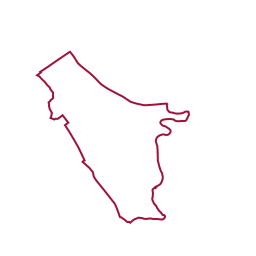 outline of Semlac, Arad, Romania, rotated 327°
{"feature_id": "2599482B97357966880497", "entity_name": "Semlac", "entity_type": "district", "adm_level": 2, "iso_a3": "ROU", "parent_name": "Romania", "parent_adm1": "Arad", "projection": "orthographic", "projection_center": [20.923, 46.147], "detail": "fine", "context": "isolated", "style": "outline", "palette": "rose", "viewbox_px": 256, "rotation_deg": 327, "n_neighbors": 0, "source": "geoboundaries", "source_scale": "gbopen_adm2", "svg_char_len": 5087}
<svg xmlns="http://www.w3.org/2000/svg" viewBox="0 0 256 256"><g transform="rotate(327 128 128)"><path d="M111.4,221.0L109.8,220.0L109.7,219.4L109.7,218.8L109.5,217.1L109.5,216.1L109.2,215.6L109.0,214.9L109.0,214.1L108.9,212.4L108.9,211.6L108.9,210.6L109.0,210.0L109.1,209.1L109.3,208.9L109.3,208.6L109.1,208.3L109.0,207.7L108.9,206.7L108.7,206.0L108.7,205.3L108.7,204.6L109.0,203.9L109.1,203.3L109.1,202.5L109.3,201.7L109.4,201.4L109.8,200.5L110.5,199.7L110.9,199.4L111.3,199.2L111.9,198.3L112.4,197.5L113.2,196.7L113.5,196.0L113.9,195.3L114.5,193.9L114.7,193.5L115.0,193.1L115.7,192.8L116.4,192.7L117.2,192.7L118.2,192.4L118.5,192.4L118.3,192.7L118.2,193.0L118.4,193.4L119.0,193.0L120.0,192.8L121.0,192.6L122.4,192.7L124.1,192.7L124.8,192.6L125.8,192.1L126.6,191.7L127.4,191.1L128.7,190.1L129.4,189.5L130.4,188.2L130.9,187.2L131.3,185.9L131.7,184.9L132.0,184.0L132.0,183.1L132.1,182.1L132.3,181.3L132.5,180.1L132.8,179.5L132.9,178.7L133.2,177.7L133.8,176.0L133.8,175.8L133.9,175.6L134.0,175.2L134.1,174.9L134.4,174.3L135.0,172.3L135.4,171.2L135.7,170.7L136.1,170.3L136.5,169.5L137.0,168.9L137.4,168.2L137.8,167.5L138.4,166.5L138.6,166.3L138.9,165.8L139.4,165.1L139.4,164.7L139.8,164.0L140.2,163.6L140.9,162.6L141.3,161.8L141.4,161.4L141.6,161.0L141.9,160.4L142.4,159.7L142.7,159.2L142.9,158.7L142.9,158.0L143.3,157.0L143.8,155.2L144.2,154.1L144.7,153.5L146.0,152.4L146.3,152.2L147.0,151.8L147.5,151.6L148.3,151.5L149.9,151.4L151.0,151.6L152.4,151.9L153.2,152.2L153.9,152.4L154.9,153.2L155.5,154.0L156.1,154.5L156.7,154.9L157.2,155.2L157.8,155.4L158.9,155.4L159.6,155.3L160.2,155.1L160.7,155.0L161.2,154.7L161.9,154.0L162.3,153.2L162.4,152.8L162.3,152.2L162.1,151.2L161.7,150.4L161.4,149.6L161.0,148.5L160.6,147.7L160.1,146.9L159.7,146.3L159.0,145.6L158.8,145.5L158.6,145.3L158.4,144.7L158.1,143.9L158.0,143.2L157.9,142.3L157.9,141.8L157.9,141.4L158.1,141.0L158.6,140.6L159.7,140.0L160.4,139.9L161.3,140.0L163.0,140.6L165.1,141.5L166.1,142.2L167.7,143.0L168.6,143.6L169.7,144.7L170.8,145.5L171.1,146.4L171.7,147.8L172.2,148.5L173.2,149.2L174.1,149.9L175.8,150.8L176.5,151.1L177.2,151.7L177.9,152.1L178.7,152.6L179.5,153.1L180.1,153.3L181.0,153.2L181.5,153.0L182.1,152.7L182.4,152.4L183.1,152.1L183.6,151.8L183.9,151.4L184.8,150.9L185.8,150.6L186.5,149.7L186.7,149.2L187.1,148.5L187.1,147.8L187.4,147.7L187.5,147.2L186.9,146.9L186.5,146.4L185.8,145.9L185.0,145.6L183.2,145.4L181.3,145.0L180.0,144.4L178.0,143.3L176.3,142.2L174.9,140.8L173.7,139.4L172.8,138.6L171.5,137.4L171.2,136.0L171.0,134.3L171.5,133.0L172.4,131.6L172.5,131.1L172.7,130.5L173.4,129.4L174.1,129.2L174.7,129.0L174.0,129.0L173.6,128.5L169.1,126.0L165.5,124.2L160.2,121.3L155.2,118.5L153.4,117.2L147.7,111.4L144.5,107.5L143.1,104.3L142.5,103.0L141.2,99.9L140.4,98.2L138.5,95.0L136.6,91.6L134.4,87.6L133.6,86.3L133.3,85.7L132.5,84.0L131.8,82.7L129.7,77.7L129.2,76.5L128.5,73.0L127.7,68.6L126.8,64.5L125.9,61.2L125.2,59.1L123.9,55.4L123.1,52.7L122.1,49.6L121.7,48.1L121.3,46.4L121.3,45.7L121.3,43.5L121.3,42.7L121.3,42.2L121.4,41.0L121.4,38.2L121.4,37.9L121.3,37.5L121.2,35.6L121.0,34.0L121.0,33.7L120.9,33.3L120.8,32.4L112.2,32.6L105.5,32.7L98.5,32.9L94.3,33.1L92.7,33.1L86.6,33.1L86.1,33.1L85.0,33.1L85.1,33.5L85.2,34.0L80.5,34.3L81.7,36.3L82.4,40.3L83.3,44.1L83.7,48.5L84.2,50.1L84.3,51.1L84.4,51.7L84.0,53.2L84.1,53.5L84.2,55.9L84.4,57.5L83.6,58.8L82.7,59.9L82.4,60.2L82.3,60.7L82.1,61.1L82.0,61.5L81.7,62.0L81.4,62.2L81.0,62.3L78.1,62.5L77.8,62.7L77.7,62.9L77.4,63.0L76.9,63.1L75.3,63.3L75.2,63.6L75.2,64.0L75.0,64.4L74.8,64.9L74.7,65.2L74.4,65.6L74.0,66.2L73.7,66.6L73.6,66.8L73.0,68.6L72.6,69.7L72.6,70.7L72.5,72.9L72.4,73.7L72.4,74.0L72.2,74.2L71.9,74.3L71.6,74.6L71.3,74.9L70.9,75.3L70.5,76.1L70.1,76.3L69.5,76.8L68.9,77.2L68.5,77.4L70.9,80.8L71.2,80.8L72.2,80.7L73.9,82.0L77.6,81.9L79.2,81.7L80.1,81.6L80.8,91.0L76.7,91.3L76.7,99.6L76.3,109.1L75.9,116.4L75.5,119.7L75.1,123.0L73.9,131.6L71.8,131.4L71.4,131.7L72.3,134.4L73.2,138.1L73.8,139.6L74.2,143.3L74.5,145.9L72.9,150.0L72.8,152.2L72.8,154.3L72.9,155.7L73.2,158.5L73.7,163.1L74.1,166.9L74.3,169.1L74.6,172.1L74.9,175.6L75.2,178.9L75.3,180.5L75.5,182.0L75.5,182.3L75.6,183.5L75.6,184.4L75.5,185.7L75.3,186.9L74.9,189.2L74.5,191.1L74.2,192.1L73.8,194.1L73.4,195.7L73.1,196.8L72.9,197.5L72.8,198.1L72.8,198.3L72.8,198.5L73.1,198.7L73.4,199.0L73.6,199.2L73.9,199.6L74.0,200.0L74.3,201.0L74.7,201.9L75.0,202.6L75.4,203.6L75.5,203.8L75.7,204.8L75.9,205.6L76.3,206.5L76.8,206.9L77.1,207.1L77.7,207.2L78.3,208.7L79.8,208.4L82.0,208.2L82.6,208.0L84.3,208.2L85.6,208.5L87.6,208.8L88.8,209.5L89.5,210.2L89.8,210.5L90.2,210.8L90.5,211.0L90.9,211.4L91.3,211.9L91.4,212.2L91.9,212.7L92.2,213.0L92.8,213.5L93.3,213.9L93.6,214.1L93.9,214.3L94.5,214.5L95.3,214.9L95.7,215.1L96.3,215.4L96.9,215.7L97.3,216.0L98.1,216.6L98.5,217.0L99.2,217.7L99.6,217.9L100.3,218.5L101.2,219.1L102.3,219.7L102.6,219.9L104.2,221.3L105.3,222.2L106.0,222.8L106.6,223.2L107.1,223.4L107.5,223.6L107.8,223.6L108.4,223.6L108.8,223.6L109.3,223.4L110.1,223.1L110.5,222.8L110.7,222.6L110.8,222.4L111.0,222.1L111.0,221.8L111.0,220.9L111.4,221.0Z" fill="none" stroke="#9f1239" stroke-width="2"/></g></svg>